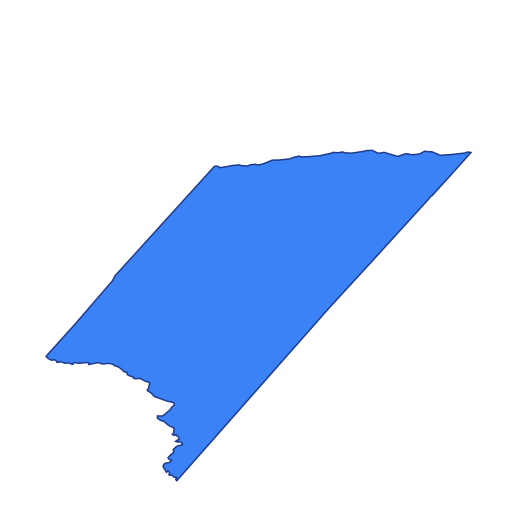 Lake, Minnesota, United States of America, rotated 222°
{"feature_id": "52423323B21927262007954", "entity_name": "Lake", "entity_type": "district", "adm_level": 2, "iso_a3": "USA", "parent_name": "United States of America", "parent_adm1": "Minnesota", "projection": "mercator", "projection_center": [-91.467, 47.572], "detail": "fine", "context": "isolated", "style": "filled", "palette": "blue", "viewbox_px": 512, "rotation_deg": 222, "n_neighbors": 0, "source": "geoboundaries", "source_scale": "gbopen_adm2", "svg_char_len": 2330}
<svg xmlns="http://www.w3.org/2000/svg" viewBox="0 0 512 512"><g transform="rotate(222 256 256)"><path d="M165.5,476.8L168.6,474.6L169.4,472.6L178.9,461.9L186.5,454.1L195.5,451.0L197.0,449.3L200.7,446.8L202.0,443.2L202.4,442.0L204.8,438.7L208.1,435.5L210.0,434.1L210.9,434.0L213.2,432.2L217.3,424.9L230.3,418.6L233.0,415.0L235.2,413.6L240.0,412.5L244.8,407.9L246.0,405.8L253.8,396.4L258.6,392.4L261.3,391.2L264.3,387.5L268.2,384.4L269.1,382.4L275.6,373.3L284.5,363.9L288.7,360.0L289.8,359.2L290.6,359.3L293.5,355.4L296.2,350.4L303.8,342.0L308.0,338.2L312.4,329.1L315.5,324.7L317.8,323.8L321.5,319.6L322.2,317.5L327.4,313.3L329.4,312.5L334.1,307.4L341.6,297.7L344.6,297.1L346.9,294.8L347.5,146.9L346.1,141.8L344.9,84.9L344.9,41.1L344.2,40.9L344.0,40.7L343.9,40.8L342.1,40.8L339.1,41.4L337.6,42.2L337.0,43.7L334.6,44.4L333.5,44.3L333.3,43.9L332.9,43.8L331.5,45.0L330.7,46.5L329.3,47.2L326.8,48.2L325.4,49.0L324.6,50.4L324.1,51.0L319.8,52.6L319.6,53.0L319.6,53.5L319.8,54.2L319.8,54.3L320.0,55.0L315.6,58.0L310.9,63.2L309.3,64.5L307.6,63.5L301.9,71.3L299.1,72.4L297.1,73.7L293.5,77.9L289.7,79.8L287.4,79.9L284.1,81.5L281.2,81.8L279.0,81.8L278.3,81.7L275.9,82.0L275.2,82.4L275.0,82.7L274.7,82.9L274.1,83.1L273.2,83.0L273.1,82.6L272.3,81.7L269.9,82.3L266.4,83.9L265.1,83.1L263.1,84.5L260.3,87.4L255.0,88.7L251.3,90.4L249.4,90.2L249.1,89.9L249.3,89.2L247.1,85.3L247.3,83.8L246.4,83.3L242.8,84.0L237.4,83.6L224.7,88.8L218.9,92.1L216.9,90.3L217.5,87.3L216.9,84.2L218.3,74.6L222.2,71.2L220.7,69.4L216.8,70.0L213.8,71.5L207.6,71.6L201.7,73.4L198.5,68.9L199.0,67.8L198.9,67.5L198.6,67.3L196.4,68.3L196.3,69.2L195.8,69.8L195.3,69.4L194.3,69.4L193.1,69.7L192.1,69.4L190.5,68.2L191.4,66.1L191.7,64.5L189.4,65.5L189.6,66.1L189.3,66.5L186.8,67.5L184.8,67.1L184.7,66.8L184.7,66.4L185.7,64.2L186.6,63.5L187.6,61.1L188.0,57.6L188.0,56.9L187.8,56.5L187.2,56.5L186.8,56.3L185.6,53.7L185.9,53.4L186.4,51.2L186.4,47.3L185.4,46.7L183.5,47.0L182.1,47.9L181.8,47.4L182.3,44.7L182.6,44.0L184.7,41.4L184.9,40.9L185.1,39.2L184.1,37.3L178.5,35.5L177.7,35.4L177.7,37.3L177.0,37.6L176.1,37.4L174.9,36.6L174.3,35.2L173.3,35.3L172.7,36.5L172.4,36.8L168.5,36.9L167.3,38.3L166.7,38.2L166.0,36.1L164.5,36.0L166.9,266.2L166.3,326.1L165.8,412.8L166.0,417.4L165.5,418.2L165.5,428.7L165.4,447.2L165.5,476.8Z" fill="#3b82f6" stroke="#1e3a8a" stroke-width="1.5"/></g></svg>